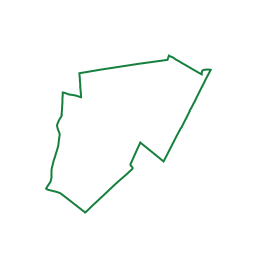 Ciocarlia, Ialomita, Romania, rotated 252°
{"feature_id": "2599482B90086156609266", "entity_name": "Ciocarlia", "entity_type": "district", "adm_level": 2, "iso_a3": "ROU", "parent_name": "Romania", "parent_adm1": "Ialomita", "projection": "natural_earth1", "projection_center": [26.657, 44.793], "detail": "fine", "context": "isolated", "style": "outline", "palette": "green", "viewbox_px": 256, "rotation_deg": 252, "n_neighbors": 0, "source": "geoboundaries", "source_scale": "gbopen_adm2", "svg_char_len": 3106}
<svg xmlns="http://www.w3.org/2000/svg" viewBox="0 0 256 256"><g transform="rotate(252 128 128)"><path d="M186.0,156.6L186.0,156.4L189.1,137.5L192.2,118.5L192.2,118.3L195.1,98.7L193.7,98.3L192.2,98.0L191.8,97.9L191.3,97.7L190.7,97.7L188.8,97.2L188.4,97.0L186.6,96.6L182.6,95.7L182.5,95.4L182.3,95.3L181.6,95.2L181.0,95.0L179.6,94.8L175.3,93.8L174.7,93.7L173.2,93.2L171.8,92.8L172.7,91.5L175.6,87.5L175.9,86.6L176.3,85.9L176.7,85.2L177.1,84.4L177.4,83.6L178.1,82.3L181.3,78.2L181.9,76.9L180.7,76.5L180.1,76.3L178.5,75.7L178.4,75.6L174.5,74.1L174.0,74.0L173.5,73.9L171.2,73.0L170.0,72.5L169.5,72.3L167.6,71.6L164.2,70.2L162.8,69.6L161.4,69.0L161.2,69.2L160.7,69.1L160.4,68.8L159.8,68.3L159.2,67.7L158.6,67.0L157.5,65.6L155.3,63.5L153.1,61.7L152.6,61.4L152.1,61.2L151.3,61.1L148.2,60.9L147.0,61.0L146.1,61.1L145.5,61.1L144.9,61.2L144.1,61.2L143.4,61.1L142.7,60.9L141.9,60.6L140.6,59.9L139.5,59.3L138.7,59.0L137.6,58.4L135.1,57.3L134.2,56.9L132.2,55.9L130.3,54.6L128.4,53.3L124.9,50.8L123.2,49.7L120.6,47.7L117.2,45.5L115.9,44.8L115.3,44.4L113.7,43.3L112.0,42.4L110.8,42.0L109.7,41.6L106.1,40.4L105.4,40.2L105.0,40.2L103.6,39.4L101.8,38.3L101.0,37.8L100.7,37.6L99.4,35.9L98.5,34.7L97.0,32.9L96.3,32.1L95.7,31.4L95.3,31.6L94.9,31.9L94.5,32.3L94.1,32.7L93.8,33.1L93.4,33.7L92.8,34.7L92.5,35.2L91.9,36.2L91.4,37.0L90.4,38.6L89.6,39.9L88.7,41.2L87.6,42.6L87.1,43.3L86.7,43.6L86.1,44.0L84.1,45.4L83.0,46.2L81.8,47.0L81.3,47.3L80.8,47.7L80.7,47.8L80.2,48.1L72.8,53.1L70.9,54.4L67.9,56.4L65.2,58.3L64.2,58.9L63.0,59.7L62.3,60.3L61.5,60.8L61.0,61.2L60.9,61.2L60.9,61.3L60.9,61.5L61.5,62.6L62.5,64.8L64.8,69.4L65.9,71.7L68.2,76.8L69.3,79.0L71.3,83.4L76.4,94.1L79.0,99.6L79.1,100.0L80.6,103.3L84.1,111.6L84.7,113.0L85.1,113.8L85.6,114.9L85.9,115.5L86.3,116.4L86.6,117.0L87.0,117.9L87.4,118.8L87.5,119.1L87.8,119.5L88.0,119.7L88.3,119.9L88.7,120.0L89.0,120.0L89.4,120.0L89.6,119.9L90.1,119.7L90.6,119.3L90.9,119.2L91.2,119.1L91.6,119.0L92.0,118.9L92.5,119.0L92.8,119.2L105.4,130.6L107.1,132.2L109.7,134.6L110.4,135.2L108.0,136.7L107.1,137.3L99.1,142.5L93.6,146.1L90.5,148.1L86.7,150.5L85.2,151.5L85.9,152.2L86.6,152.9L87.1,153.4L90.0,156.4L95.2,161.6L98.5,164.9L101.7,168.1L103.2,169.6L105.0,171.4L106.1,172.5L106.9,173.4L107.7,174.2L108.6,175.1L109.3,175.9L110.0,176.6L110.8,177.5L111.5,178.2L111.9,178.9L112.4,179.5L112.5,179.6L112.9,179.9L113.9,180.9L118.1,185.1L119.6,186.7L122.4,189.4L123.1,190.1L124.0,191.0L124.3,191.2L125.1,192.0L125.4,192.0L126.0,192.6L126.9,193.7L127.5,194.3L128.1,195.0L128.8,195.6L129.6,196.5L130.8,197.7L131.3,198.2L131.9,198.9L132.3,199.3L132.8,199.8L133.8,200.8L134.8,201.7L135.9,202.7L137.1,203.9L138.1,204.9L139.0,205.8L140.7,207.4L144.1,210.8L148.0,214.8L149.7,216.3L157.3,224.2L157.8,224.6L158.0,224.2L158.8,222.4L159.2,221.2L159.8,218.4L159.8,217.2L159.8,216.9L159.2,216.2L158.7,215.7L157.8,215.2L156.8,214.9L156.4,214.8L156.2,214.7L160.7,210.5L168.0,204.0L174.1,198.5L175.4,197.5L176.1,196.8L177.7,195.2L178.5,194.5L179.8,193.6L180.8,193.0L182.6,190.9L183.3,190.1L184.2,189.3L180.6,186.6L185.2,161.0L185.8,157.7L186.0,156.6Z" fill="none" stroke="#15803d" stroke-width="2"/></g></svg>